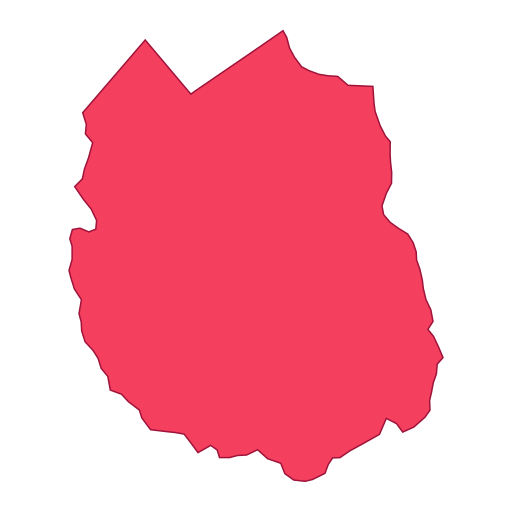 Ipaussu, São Paulo, Brazil (Mercator projection)
{"feature_id": "56859067B23580157718081", "entity_name": "Ipaussu", "entity_type": "district", "adm_level": 2, "iso_a3": "BRA", "parent_name": "Brazil", "parent_adm1": "São Paulo", "projection": "mercator", "projection_center": [-49.603, -23.063], "detail": "fine", "context": "isolated", "style": "filled", "palette": "rose", "viewbox_px": 512, "rotation_deg": 0, "n_neighbors": 0, "source": "geoboundaries", "source_scale": "gbopen_adm2", "svg_char_len": 1480}
<svg xmlns="http://www.w3.org/2000/svg" viewBox="0 0 512 512"><path d="M372.9,86.4L348.0,85.3L337.7,76.4L328.2,75.8L318.9,74.3L309.1,70.7L301.6,66.8L294.5,57.3L289.6,48.2L286.7,37.4L283.0,30.7L256.1,49.3L196.9,89.8L190.8,94.1L145.2,40.0L82.7,112.7L86.3,124.4L85.4,133.9L92.7,142.7L88.5,157.9L84.4,169.2L82.4,178.8L74.7,186.6L83.5,199.5L91.2,209.1L96.6,220.4L95.8,229.2L88.8,231.9L80.0,228.2L72.4,229.5L69.8,238.7L72.1,246.2L72.1,259.5L69.0,270.4L70.9,277.8L74.4,289.0L81.4,299.7L79.0,313.6L81.2,321.9L81.7,331.0L85.1,341.8L93.2,350.6L98.1,358.4L101.2,368.4L107.8,376.4L110.3,390.1L121.5,394.2L128.4,401.7L139.4,410.1L141.8,417.9L150.6,429.7L167.4,431.7L175.0,432.5L184.1,434.1L190.8,442.8L198.0,452.6L210.7,445.4L217.2,450.0L219.5,457.6L229.5,457.6L237.4,455.5L246.6,455.0L257.6,449.7L267.6,458.7L280.8,463.3L284.9,473.7L293.7,480.0L305.1,481.3L312.5,479.5L325.0,473.3L328.2,464.6L332.6,457.9L340.0,457.6L349.9,450.8L362.2,444.1L379.5,434.3L386.3,418.4L396.6,423.7L402.7,432.1L413.8,427.1L425.0,417.2L430.0,410.1L429.6,400.5L431.5,392.3L433.3,382.7L436.4,373.9L437.2,364.2L443.0,357.6L438.4,346.7L433.5,336.3L427.9,329.4L433.0,321.4L430.8,309.7L426.0,299.7L423.3,288.5L422.3,279.9L419.9,269.4L416.6,260.0L416.2,251.9L413.2,242.8L407.7,234.0L397.8,227.9L390.2,222.4L383.6,214.6L382.0,205.9L386.3,193.4L391.5,183.3L391.7,172.5L390.5,161.8L390.1,153.5L390.2,141.7L385.4,136.0L380.1,125.6L375.1,111.4L374.0,103.1L372.9,86.4Z" fill="#f43f5e" stroke="#9f1239" stroke-width="1.5"/></svg>